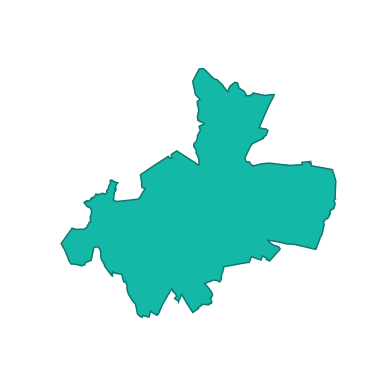 Tetla de la Solidaridad, Tlaxcala, Mexico, rotated 342°
{"feature_id": "50627088B304206473512", "entity_name": "Tetla de la Solidaridad", "entity_type": "district", "adm_level": 2, "iso_a3": "MEX", "parent_name": "Mexico", "parent_adm1": "Tlaxcala", "projection": "mercator", "projection_center": [-98.094, 19.495], "detail": "fine", "context": "isolated", "style": "filled", "palette": "teal", "viewbox_px": 384, "rotation_deg": 342, "n_neighbors": 0, "source": "geoboundaries", "source_scale": "gbopen_adm2", "svg_char_len": 6022}
<svg xmlns="http://www.w3.org/2000/svg" viewBox="0 0 384 384"><g transform="rotate(342 192 192)"><path d="M51.6,200.7L53.0,207.6L53.3,210.3L53.9,220.1L54.9,223.3L57.6,224.1L58.2,224.4L62.7,227.0L64.5,228.3L65.7,227.8L66.9,228.1L67.4,228.1L67.8,227.8L68.7,226.3L69.4,226.0L71.9,226.0L75.0,225.9L75.8,224.2L76.6,223.1L79.3,218.2L80.8,215.8L81.5,214.4L83.9,214.6L85.3,215.1L85.7,215.8L86.4,216.7L86.7,217.4L86.7,219.7L86.3,222.4L85.4,224.5L85.0,227.9L85.4,230.1L86.2,233.3L86.3,234.9L86.0,234.9L86.6,237.5L89.7,246.4L90.5,247.3L90.9,245.0L91.6,243.5L92.1,243.7L91.8,244.3L99.8,248.6L99.3,254.6L99.5,256.6L99.8,256.6L100.0,256.2L101.2,256.9L100.9,257.8L101.2,258.7L101.4,261.2L100.7,262.4L100.5,263.4L100.2,264.1L100.2,265.2L99.9,266.1L100.2,267.5L99.8,268.8L101.5,276.0L102.4,278.8L103.6,281.4L102.6,290.0L102.4,290.3L103.3,292.9L104.5,294.7L105.6,295.5L106.2,295.7L107.0,294.2L112.6,297.8L115.5,292.7L120.6,298.4L121.6,297.2L122.2,297.8L129.1,290.0L135.5,284.2L137.0,282.6L138.5,281.6L142.7,277.8L143.0,277.8L143.3,278.7L143.5,278.9L143.0,280.1L143.0,280.5L144.9,283.7L144.9,284.5L145.2,286.0L145.0,286.6L142.6,287.7L142.9,288.4L143.4,289.2L145.3,291.3L145.3,291.6L145.2,292.3L150.4,286.3L151.2,289.0L152.6,295.9L155.5,306.8L156.1,306.8L158.3,305.9L160.1,305.5L161.2,304.9L162.1,304.9L162.4,304.7L162.3,303.6L162.6,303.4L164.0,303.4L166.0,302.7L166.2,302.4L166.3,302.0L166.6,301.8L167.0,302.0L167.4,302.4L169.3,302.6L169.7,302.9L170.3,303.1L170.5,303.2L170.9,303.9L172.3,303.8L172.8,304.0L173.1,304.5L173.6,304.4L174.1,303.9L174.2,303.5L174.5,303.4L175.3,303.9L176.1,303.8L176.4,303.4L176.5,303.0L176.9,302.2L176.8,300.4L176.5,299.5L176.6,298.6L176.9,298.4L177.4,298.6L177.7,298.5L178.6,297.5L179.5,296.7L179.9,295.9L179.5,293.0L178.9,290.7L178.6,289.6L175.7,283.0L185.6,282.4L188.7,284.2L190.7,286.1L192.7,284.3L193.6,281.8L194.3,280.3L195.6,278.6L196.6,277.5L197.0,276.6L198.1,275.1L198.8,273.5L198.9,272.9L221.4,275.9L224.5,276.6L225.3,275.9L226.1,275.0L228.3,271.8L229.1,272.3L236.6,278.1L239.2,274.6L242.7,278.1L242.2,278.6L241.9,279.0L244.4,281.6L258.1,273.6L258.1,272.9L257.5,271.0L253.6,268.1L252.8,267.3L251.0,265.0L249.2,261.4L249.8,261.5L259.7,266.7L265.9,270.6L273.5,273.6L291.9,284.8L292.7,284.1L293.6,283.1L293.4,282.9L298.7,276.6L299.6,275.2L301.6,273.3L303.1,271.6L307.0,265.0L307.8,263.3L307.6,262.7L307.5,261.9L307.6,261.4L308.0,260.9L308.3,260.7L309.1,260.6L309.1,260.3L309.4,260.0L310.1,259.3L311.1,259.1L312.1,259.3L312.6,259.1L312.9,258.7L313.3,258.8L316.5,255.7L315.8,255.4L317.5,253.7L317.4,253.2L317.5,253.1L317.6,253.3L318.7,251.7L319.9,252.0L320.7,251.9L321.6,251.5L322.3,250.9L324.6,247.2L324.4,245.6L324.2,245.3L324.1,244.2L324.4,243.9L325.8,243.1L326.3,243.0L326.1,242.2L332.2,225.8L332.4,214.2L331.6,213.6L313.4,203.8L314.4,201.3L312.7,200.4L313.9,199.6L310.1,198.7L305.6,197.8L305.5,200.1L291.4,196.5L291.7,196.2L281.7,191.8L274.6,188.4L267.3,186.8L258.2,186.1L258.3,185.7L257.5,185.3L256.8,184.7L256.3,183.1L256.0,181.4L255.8,181.0L254.3,180.6L253.4,180.0L252.9,179.4L252.7,179.0L252.9,178.1L252.8,177.3L252.6,176.8L253.0,176.2L253.3,175.5L261.7,166.6L264.0,165.0L264.2,164.7L276.3,163.0L276.3,162.6L276.7,162.3L277.0,162.1L277.6,162.1L279.0,161.2L280.1,160.9L280.6,160.5L281.4,159.0L283.0,157.4L283.0,157.1L282.9,156.5L282.1,155.2L281.3,154.5L280.0,154.4L278.7,153.4L276.5,152.0L275.8,151.9L275.7,151.7L288.4,137.2L294.2,131.0L298.0,127.5L300.3,124.8L300.1,124.6L297.0,123.8L291.1,122.7L280.6,116.7L279.5,118.0L278.3,117.7L277.9,118.5L275.3,117.9L272.9,117.1L273.5,115.6L272.5,112.0L270.3,109.4L268.5,107.0L269.0,106.2L268.8,104.6L269.1,102.9L269.0,102.7L268.4,101.8L267.6,101.6L266.7,101.0L266.4,101.0L265.2,101.6L264.0,101.8L263.2,102.2L262.9,102.7L262.2,102.8L261.6,102.6L259.1,104.9L257.2,107.6L256.0,106.1L256.1,105.5L255.4,103.8L255.3,103.2L254.8,102.6L254.5,100.5L253.8,99.0L253.4,98.4L250.7,93.3L250.2,92.8L249.7,92.2L248.3,91.5L247.6,90.8L241.6,78.9L239.7,77.7L236.8,77.2L226.8,87.1L225.4,100.5L228.3,106.4L225.5,107.4L225.1,107.4L224.7,108.0L224.8,108.7L224.5,109.5L224.2,110.3L224.1,111.0L224.3,112.1L224.0,112.6L224.0,114.4L223.5,116.6L223.0,117.8L222.1,119.1L221.8,119.9L221.2,120.6L220.3,122.4L220.1,123.3L220.4,124.0L220.5,124.6L219.9,124.8L219.8,125.2L219.8,125.6L220.6,126.7L221.6,127.5L221.7,127.9L223.3,128.7L223.9,129.1L224.7,130.3L224.7,130.9L218.9,131.8L219.0,135.1L218.8,135.9L218.5,136.4L217.3,137.4L216.6,138.4L215.1,139.5L214.6,140.0L213.8,142.4L211.8,145.0L210.8,145.6L209.1,146.5L208.5,147.1L208.1,147.8L207.9,148.8L207.9,150.1L208.4,151.8L208.8,152.5L209.0,153.2L208.9,154.1L208.1,155.6L208.0,156.6L208.2,157.9L208.5,158.5L208.4,159.1L208.7,162.1L207.4,167.9L206.7,168.5L190.2,148.2L183.9,149.9L183.5,151.0L183.5,153.5L181.0,152.8L181.1,151.7L180.4,150.8L164.8,154.9L148.2,159.7L147.1,167.8L146.2,169.5L145.9,171.1L146.1,172.7L147.2,173.0L148.6,174.6L147.1,175.4L146.2,176.1L140.7,181.1L139.7,181.5L138.7,181.9L137.3,181.9L130.3,180.5L117.2,177.7L114.7,175.2L115.0,175.0L114.9,174.8L115.7,173.7L117.3,169.8L118.0,168.5L120.3,166.7L120.7,165.0L119.7,164.9L121.9,162.1L124.3,160.2L122.4,159.3L120.7,157.5L119.5,155.8L119.1,155.9L117.8,155.7L117.4,156.8L117.2,158.4L116.6,159.2L115.5,159.9L114.6,160.8L113.6,162.7L113.2,163.6L112.1,163.6L110.9,165.2L111.0,166.2L110.4,166.7L109.2,167.0L108.1,166.8L107.9,166.5L106.9,165.8L106.2,165.7L105.7,165.4L104.7,165.7L102.5,165.3L101.1,165.6L100.5,165.1L100.4,164.2L99.9,164.2L99.6,164.7L97.6,166.6L97.1,166.6L96.0,166.4L95.7,166.7L95.7,167.1L95.4,167.4L95.2,167.4L95.0,166.8L94.6,166.7L94.3,166.9L94.0,167.7L93.2,167.4L92.3,169.0L91.4,168.8L90.2,168.2L89.8,168.3L89.5,167.9L89.1,167.8L88.7,167.9L88.1,168.4L87.8,168.4L87.3,168.2L87.0,168.6L86.2,168.6L86.0,168.8L86.6,170.1L86.9,170.5L87.7,173.4L89.5,174.9L90.4,176.1L90.7,177.8L90.7,178.9L90.6,179.4L90.0,180.1L89.4,181.9L88.0,183.3L87.7,183.9L86.9,186.4L86.6,189.2L85.0,188.9L84.5,189.9L82.1,191.7L81.1,193.3L80.1,193.4L78.5,193.9L76.7,194.0L75.6,193.2L71.2,192.1L69.8,191.4L69.0,190.8L66.7,189.4L51.6,200.7Z" fill="#14b8a6" stroke="#0f766e" stroke-width="1.5"/></g></svg>